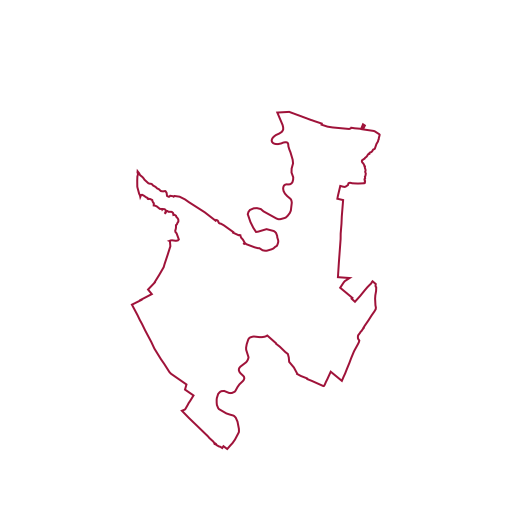 outline of Lespezi, Iasi, Romania, rotated 39°
{"feature_id": "2599482B74644698541677", "entity_name": "Lespezi", "entity_type": "district", "adm_level": 2, "iso_a3": "ROU", "parent_name": "Romania", "parent_adm1": "Iasi", "projection": "orthographic", "projection_center": [26.683, 47.358], "detail": "fine", "context": "isolated", "style": "outline", "palette": "rose", "viewbox_px": 512, "rotation_deg": 39, "n_neighbors": 0, "source": "geoboundaries", "source_scale": "gbopen_adm2", "svg_char_len": 6093}
<svg xmlns="http://www.w3.org/2000/svg" viewBox="0 0 512 512"><g transform="rotate(39 256 256)"><path d="M373.5,211.5L371.4,207.7L369.4,205.0L369.0,204.6L368.3,204.5L367.6,203.9L366.7,202.4L362.5,202.3L362.5,203.6L362.8,204.7L362.5,207.0L362.2,210.2L362.1,214.3L362.1,221.5L361.7,229.3L357.2,229.0L357.3,227.9L341.4,227.7L340.8,221.5L340.8,220.0L340.9,219.4L342.6,214.2L333.0,220.9L324.5,208.9L311.1,189.6L307.7,185.3L302.1,177.1L297.8,171.3L288.5,157.7L283.2,160.3L281.7,157.5L277.4,148.5L280.1,147.3L281.5,146.5L282.1,145.4L282.8,142.9L282.1,141.4L282.3,140.8L283.0,139.9L285.2,138.8L289.7,135.5L294.3,131.4L294.6,130.8L294.5,130.5L294.0,130.2L294.0,129.7L293.5,129.0L292.5,128.6L292.5,128.3L292.2,128.1L291.9,127.8L291.9,126.9L290.7,125.8L290.7,125.4L290.6,124.9L289.5,122.9L287.9,121.9L287.6,121.1L287.1,120.3L286.0,119.5L285.0,118.9L284.3,117.8L283.6,117.9L283.1,117.4L281.3,116.6L279.8,116.4L279.1,116.1L278.6,115.7L278.2,115.0L278.8,112.7L279.1,112.2L279.0,111.1L279.4,109.4L279.4,108.4L279.2,107.1L279.2,105.7L279.8,105.3L279.5,104.8L279.5,103.8L280.2,102.7L280.4,101.4L280.2,100.8L280.1,99.5L280.7,98.4L280.8,97.8L279.1,93.1L278.7,90.2L278.0,88.8L277.9,88.0L277.2,87.0L276.2,84.7L275.7,83.9L275.1,83.8L269.6,84.4L268.5,84.9L259.4,90.3L258.5,86.1L256.3,86.3L257.4,90.0L257.9,91.1L256.5,91.8L252.4,94.6L249.3,96.4L249.4,96.8L249.1,97.6L248.4,98.7L234.6,107.9L230.1,110.5L224.3,112.7L223.8,111.7L213.1,115.7L191.1,123.1L182.3,131.1L194.3,137.5L196.1,138.9L197.4,140.4L197.8,141.6L197.9,143.4L197.0,146.2L195.4,149.4L194.9,151.2L194.6,153.4L194.9,155.2L195.5,156.4L196.5,157.2L198.1,157.5L199.5,157.2L200.8,156.6L202.7,155.2L204.8,152.6L205.8,150.7L207.1,149.2L208.4,148.3L209.5,148.2L210.5,148.7L212.3,150.5L214.8,152.2L217.5,153.7L223.9,158.1L226.5,160.7L228.7,165.7L231.1,168.8L235.4,171.4L236.8,173.3L237.8,175.5L237.9,177.0L237.5,178.5L236.5,179.7L234.5,181.2L233.7,182.4L233.4,183.7L233.9,185.3L234.8,186.7L236.6,188.2L239.2,189.3L242.4,189.8L246.7,189.9L247.7,190.1L249.0,190.9L250.3,192.1L254.5,198.8L255.2,201.3L255.3,204.8L255.1,206.3L254.9,207.5L254.1,208.8L251.8,212.0L250.1,213.4L248.3,214.0L233.7,216.6L230.2,216.5L226.6,218.2L224.2,220.4L222.3,224.1L222.4,226.5L223.3,228.7L230.3,233.1L236.2,235.8L240.9,237.3L242.3,235.8L247.3,228.5L254.1,225.4L255.6,225.3L257.1,225.5L259.7,227.0L260.9,228.2L263.3,229.8L264.4,231.0L265.2,232.8L265.8,234.7L265.7,235.5L265.2,236.6L264.8,239.2L263.9,241.0L261.0,245.2L259.9,246.1L257.5,247.4L253.7,247.8L252.6,248.7L249.5,250.1L241.1,252.9L239.9,252.9L239.3,254.0L238.8,254.0L238.6,252.7L235.5,251.5L232.9,251.1L231.3,250.2L230.8,249.7L229.8,250.2L229.4,250.8L223.5,252.3L223.3,251.7L211.7,252.4L208.2,253.0L207.8,253.4L206.6,253.7L205.2,253.2L204.8,252.8L203.6,252.6L202.3,253.1L202.4,254.0L188.6,254.3L169.9,256.4L165.2,256.7L159.3,258.0L154.8,260.7L154.7,261.7L153.9,261.8L151.4,263.2L151.3,264.5L150.9,264.9L150.1,265.1L149.1,265.3L148.5,264.8L146.8,263.2L145.0,262.6L144.5,262.7L143.3,264.1L142.3,264.8L141.1,265.4L138.3,265.2L136.8,265.7L134.5,265.5L131.5,266.0L130.7,265.8L129.8,265.7L128.9,266.0L127.7,266.8L126.6,267.2L121.3,266.9L119.8,266.4L118.1,266.1L115.0,266.1L112.9,265.2L110.7,264.7L111.3,265.6L112.4,266.3L112.9,266.8L113.8,268.9L116.2,272.1L120.0,276.7L120.8,277.4L124.0,279.7L125.9,281.1L127.8,282.0L128.9,282.9L128.3,280.9L129.0,280.1L130.9,279.7L134.0,279.5L135.1,279.1L135.9,279.7L136.4,279.6L137.2,278.7L138.0,278.3L140.1,277.8L140.7,278.3L142.0,279.0L142.5,279.2L143.4,279.3L144.7,281.1L145.9,280.4L147.7,279.9L151.6,279.9L153.4,278.6L153.9,278.9L153.9,278.2L155.5,277.2L156.3,277.1L157.4,277.4L157.7,277.8L158.3,279.7L158.3,280.6L158.6,279.8L158.3,277.8L158.5,277.0L158.8,276.8L160.2,276.7L162.3,275.0L163.1,274.7L164.5,274.8L166.0,276.1L166.4,275.5L166.6,275.3L168.5,275.1L169.2,275.6L169.8,275.8L170.6,275.8L172.4,276.4L173.1,277.0L173.9,278.0L174.1,278.5L174.0,279.2L174.6,281.3L174.4,282.4L175.8,284.1L176.7,285.6L177.2,287.0L178.2,288.0L180.1,288.4L185.6,291.7L185.5,293.0L184.6,294.2L183.9,294.8L180.9,296.6L179.9,297.6L179.2,298.8L179.6,298.7L180.0,298.9L183.3,302.3L186.6,310.7L190.1,320.0L191.3,322.8L192.7,331.7L193.8,340.4L194.0,340.4L193.2,350.0L199.0,351.2L194.0,362.7L194.4,362.7L190.2,371.9L201.3,376.6L205.9,378.8L210.3,380.6L216.7,383.6L228.7,388.7L235.3,391.9L247.0,396.0L252.5,397.6L261.8,400.7L264.0,401.0L282.8,399.6L284.9,404.5L295.2,403.7L296.0,409.8L296.3,413.3L296.5,413.8L297.4,419.4L297.3,420.2L295.8,422.9L305.9,424.1L332.3,426.4L334.2,426.8L339.7,427.1L341.2,427.6L342.2,428.2L342.5,428.0L342.3,427.8L342.4,427.3L343.4,427.3L344.1,427.8L347.1,427.3L348.4,426.7L350.6,426.5L350.4,424.3L355.1,424.1L355.3,419.0L355.5,416.3L355.2,411.9L353.8,404.8L353.5,403.6L353.1,403.0L351.5,401.1L345.9,396.4L342.0,394.4L339.8,394.1L338.7,394.3L335.2,395.8L332.0,397.0L323.5,398.3L322.3,398.0L319.4,396.4L317.8,394.8L315.9,392.5L315.0,391.1L313.4,387.0L313.5,384.8L313.7,383.8L314.3,382.7L316.2,380.9L321.2,379.4L322.4,378.6L323.5,377.6L324.8,375.0L324.9,374.3L324.8,373.3L324.1,369.4L323.9,366.1L324.5,361.5L324.5,360.5L324.4,359.7L323.8,358.3L322.6,357.4L321.7,357.2L317.8,356.9L316.4,356.6L315.2,356.0L314.4,355.4L313.8,354.5L313.5,353.5L313.5,351.8L315.2,344.8L315.2,343.5L314.9,341.7L314.3,340.1L313.9,339.4L307.4,335.1L306.0,333.5L304.3,330.4L303.0,327.0L302.5,325.6L302.4,324.5L302.5,323.7L302.8,322.8L304.1,320.9L305.0,319.9L309.7,316.9L311.7,315.3L313.5,313.3L314.2,312.2L314.8,310.7L326.4,311.2L326.9,311.6L331.7,311.5L339.2,312.2L342.4,312.1L345.3,314.2L348.4,317.4L355.6,318.8L361.8,321.4L362.1,321.5L362.2,321.8L366.4,321.0L372.7,319.0L373.0,319.0L373.3,319.4L378.1,317.9L390.2,314.7L390.4,314.5L390.6,314.2L390.4,312.7L389.6,309.9L388.9,306.6L388.5,305.1L386.9,298.9L401.3,299.0L400.0,294.4L399.2,291.2L397.7,286.5L395.8,280.1L394.3,275.7L392.4,269.3L392.0,267.7L390.7,260.4L390.2,258.2L389.5,256.7L387.5,256.1L386.8,255.6L385.7,254.2L385.3,253.4L385.2,250.1L385.0,248.9L385.2,248.0L385.0,245.8L385.0,244.2L384.7,244.2L384.4,241.9L383.9,235.3L383.2,229.2L382.9,224.6L382.5,222.0L381.6,220.6L379.8,219.1L375.4,214.2L373.5,211.5Z" fill="none" stroke="#9f1239" stroke-width="2"/></g></svg>